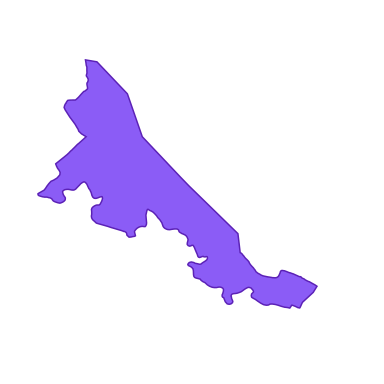 Morne D'Or, Anse-la-Raye, Saint Lucia, rotated 197°
{"feature_id": "8701671B88374512548949", "entity_name": "Morne D'Or", "entity_type": "district", "adm_level": 2, "iso_a3": "LCA", "parent_name": "Saint Lucia", "parent_adm1": "Anse-la-Raye", "projection": "orthographic", "projection_center": [-61.007, 13.949], "detail": "fine", "context": "isolated", "style": "filled", "palette": "violet", "viewbox_px": 384, "rotation_deg": 197, "n_neighbors": 0, "source": "geoboundaries", "source_scale": "gbopen_adm2", "svg_char_len": 6040}
<svg xmlns="http://www.w3.org/2000/svg" viewBox="0 0 384 384"><g transform="rotate(197 192 192)"><path d="M322.9,262.2L322.2,260.8L322.2,259.8L322.6,259.2L323.2,258.3L324.1,257.0L324.9,256.5L326.3,253.7L328.2,249.5L329.6,247.0L330.3,246.0L330.6,245.8L331.3,245.6L334.4,244.6L336.6,243.8L337.7,243.2L338.5,240.7L338.4,240.1L338.9,239.1L339.1,237.4L339.0,235.4L337.2,233.4L330.6,227.8L326.1,224.5L323.6,222.6L320.9,220.1L319.3,218.7L318.6,217.8L318.0,217.0L314.7,215.3L309.4,213.9L314.7,205.1L315.3,204.3L315.7,203.6L317.7,199.7L317.9,199.4L318.7,197.9L319.2,196.9L319.3,196.7L319.6,196.4L320.3,195.1L320.8,194.2L321.2,193.2L321.3,193.1L321.8,192.3L322.2,191.5L330.6,179.1L330.5,178.9L330.0,178.3L329.1,177.1L328.5,176.5L328.1,176.0L327.6,175.5L326.2,174.4L325.5,173.9L325.3,173.8L324.8,173.2L323.8,172.1L323.4,169.8L324.5,167.3L325.3,165.7L327.9,162.8L330.0,161.0L331.5,157.8L331.5,157.7L332.4,155.3L333.1,152.8L334.0,150.5L337.9,146.4L338.8,145.3L338.4,144.3L337.9,144.0L337.1,143.7L333.8,143.7L331.6,144.0L329.3,144.7L327.4,144.7L325.8,144.9L324.0,144.4L323.2,143.7L322.0,142.9L320.6,142.6L318.7,142.5L317.0,142.5L315.2,142.7L314.4,143.1L312.6,144.6L311.4,146.2L311.0,147.3L311.1,148.2L311.4,149.3L312.2,150.1L313.3,150.9L314.4,152.0L315.3,153.3L315.9,154.7L315.5,155.7L315.0,156.3L314.4,157.0L313.4,157.5L312.3,158.0L310.6,158.5L309.1,158.6L307.3,158.8L305.6,159.3L305.0,159.8L304.1,160.7L303.8,161.4L303.2,162.6L302.3,164.4L301.6,165.7L301.0,167.1L300.9,167.3L300.1,168.3L299.6,169.0L298.6,169.9L298.3,170.2L297.3,170.1L297.0,170.0L296.6,169.9L295.4,169.1L295.0,168.9L294.0,167.8L292.9,166.5L292.1,165.7L291.9,165.3L291.2,164.8L290.6,164.5L290.4,164.3L290.2,164.1L289.6,163.4L288.2,161.9L286.8,159.6L285.4,158.1L283.7,157.4L282.0,157.8L280.4,158.8L278.7,160.2L277.0,161.2L276.6,161.2L276.2,160.7L275.7,159.8L275.6,157.9L275.7,156.6L276.0,155.0L276.3,153.7L276.5,153.1L277.1,152.4L278.1,152.1L279.7,151.5L281.0,150.4L282.2,149.0L283.0,147.3L283.0,145.8L282.2,143.9L281.4,141.4L281.2,139.6L280.4,137.9L279.0,136.5L276.2,135.2L274.4,134.3L272.0,134.3L268.0,134.4L262.1,134.5L259.7,134.4L248.3,134.5L246.2,134.4L245.9,134.3L245.6,134.4L244.8,134.5L243.6,134.2L243.0,133.9L242.5,133.4L242.1,132.7L241.7,131.9L241.4,131.5L240.4,131.1L239.0,130.4L238.5,130.6L237.2,131.1L235.3,132.2L234.0,132.8L233.5,133.3L233.3,133.5L233.4,133.9L233.5,134.0L234.3,135.3L235.0,136.5L235.4,137.3L235.4,138.0L235.0,139.2L234.3,140.6L233.7,141.6L232.9,142.4L231.9,143.4L230.4,144.2L229.1,144.7L227.6,144.9L226.6,145.3L226.3,146.1L226.1,147.6L226.4,149.2L228.2,153.6L229.3,156.4L229.7,160.9L229.5,162.3L228.9,162.6L228.5,162.5L227.8,162.3L227.6,162.2L226.5,161.9L225.5,161.9L224.7,161.7L223.2,161.3L221.1,160.2L218.9,158.9L217.2,157.5L214.7,156.1L213.0,154.7L211.7,153.6L211.4,153.1L210.5,151.9L209.7,150.8L208.6,149.9L207.3,149.3L205.5,149.0L204.2,149.0L202.4,149.4L201.2,150.0L199.8,150.7L198.0,151.5L196.2,152.1L194.9,152.2L193.8,151.8L193.2,150.9L192.7,150.3L191.9,149.9L190.7,149.6L189.6,149.3L188.1,149.2L185.7,148.8L184.3,148.1L183.2,147.1L181.8,145.3L181.7,143.8L181.6,141.7L181.2,140.4L180.0,139.6L178.5,139.5L177.4,140.1L176.5,141.0L175.4,141.3L174.5,140.6L173.4,139.5L171.8,137.5L170.3,135.7L168.9,134.1L167.5,132.1L166.7,131.6L165.6,131.6L164.3,132.5L164.1,132.7L163.5,133.2L162.7,133.6L162.4,133.7L162.0,133.6L161.5,133.5L160.4,133.8L160.0,134.1L159.6,134.4L158.9,134.5L158.4,134.4L157.9,133.4L157.8,132.5L158.0,131.6L158.9,130.1L161.3,127.3L162.5,125.6L163.7,125.1L166.0,125.0L167.8,124.8L168.7,124.8L169.5,125.1L172.1,124.9L172.9,124.5L174.0,123.8L174.7,122.4L174.8,121.4L174.0,120.6L171.8,120.3L170.4,119.9L168.7,118.9L167.7,117.2L166.3,113.2L165.5,111.8L164.5,111.1L163.2,110.9L161.3,111.0L158.8,111.1L157.5,110.2L155.6,109.5L154.4,109.3L153.0,109.1L150.2,107.7L147.6,107.0L144.9,106.8L142.8,107.1L140.8,107.7L138.4,109.0L136.6,109.4L134.6,109.1L133.5,108.2L133.0,106.6L132.9,104.1L133.1,102.4L132.7,101.1L132.0,100.4L130.8,100.2L128.1,96.8L125.6,95.3L123.6,95.5L122.0,96.4L120.9,98.0L121.0,99.4L123.0,101.8L123.7,103.3L124.0,103.5L124.3,104.4L124.2,105.5L123.6,106.3L122.4,107.0L120.2,107.9L118.8,108.7L117.9,109.4L117.7,109.5L116.8,110.2L115.7,111.1L114.5,112.7L113.4,114.2L112.1,115.7L110.7,117.0L109.8,117.4L108.7,117.5L107.6,117.5L106.3,116.7L105.0,115.9L104.2,115.0L104.0,114.3L105.2,111.9L105.0,110.1L104.2,108.8L102.5,108.3L100.0,107.8L97.1,106.8L93.8,105.8L90.7,105.2L89.2,105.3L87.7,105.5L86.0,106.2L85.4,106.7L84.6,107.6L82.7,108.3L79.5,108.8L76.6,108.9L73.3,108.8L69.8,108.9L67.2,109.4L66.0,109.5L64.6,109.6L64.6,109.9L64.2,110.6L64.0,111.3L63.7,112.4L63.5,112.8L63.4,113.0L62.9,113.0L62.7,113.0L62.4,113.0L61.8,113.0L61.7,113.0L60.7,112.9L60.4,112.9L60.2,112.9L59.4,112.8L58.8,112.7L57.5,112.5L57.2,112.4L56.7,112.4L56.1,112.5L55.1,112.6L54.8,113.7L54.3,117.6L54.1,118.8L46.7,131.5L46.3,133.1L44.9,138.4L47.1,139.1L50.9,139.9L52.7,140.3L53.6,140.5L54.9,140.5L58.1,141.1L59.2,141.6L61.6,141.9L62.3,142.3L63.3,142.8L63.8,142.6L64.4,142.5L65.3,142.5L66.4,142.7L68.2,142.9L69.7,143.1L71.1,143.3L72.7,143.3L74.0,143.4L74.9,143.4L75.3,143.3L76.7,143.4L78.6,143.6L79.1,143.6L80.5,143.7L81.0,143.6L82.4,143.4L83.1,143.3L83.6,142.8L84.0,142.4L84.2,141.4L84.1,140.7L84.2,139.9L84.4,138.0L84.8,136.4L85.1,136.0L85.7,135.2L86.5,134.7L87.5,134.2L88.6,134.0L90.0,133.6L90.6,133.6L93.4,133.2L94.7,133.0L98.0,132.7L99.3,132.6L100.1,132.6L100.9,132.7L102.2,132.9L102.7,133.1L105.7,133.7L106.4,134.1L107.6,134.5L108.0,135.0L109.0,135.9L109.3,136.1L110.1,136.6L111.1,137.4L113.1,138.5L113.7,138.9L114.4,139.3L115.3,140.0L116.0,140.5L116.8,141.4L117.3,142.0L118.6,142.8L119.7,143.4L121.3,144.2L122.3,144.8L122.7,145.1L123.5,145.7L123.7,145.9L125.1,146.7L125.8,147.3L126.7,147.7L127.3,148.0L127.5,148.0L128.2,148.1L135.9,165.6L196.8,197.0L207.1,202.7L255.7,230.3L282.5,267.0L321.0,288.7L332.5,287.2L332.2,286.5L331.2,284.6L330.2,282.3L329.0,280.6L328.1,277.6L327.2,275.0L327.2,273.9L327.2,272.7L326.7,271.8L325.7,271.1L324.3,269.6L323.9,268.3L323.9,266.7L324.3,265.4L323.8,263.9L322.9,262.2Z" fill="#8b5cf6" stroke="#5b21b6" stroke-width="1.5"/></g></svg>